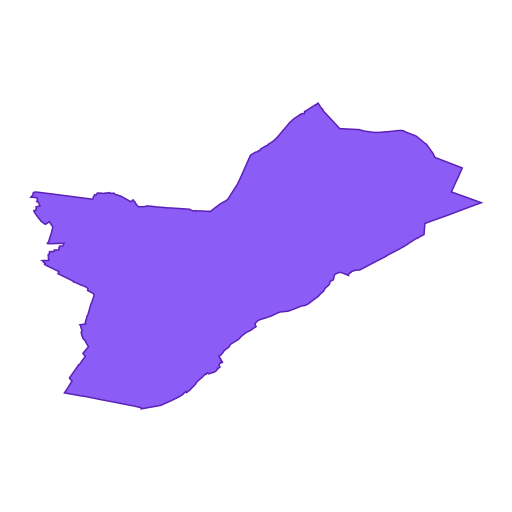 Opsterland, Friesland, Netherlands
{"feature_id": "6326949B72707200000476", "entity_name": "Opsterland", "entity_type": "district", "adm_level": 2, "iso_a3": "NLD", "parent_name": "Netherlands", "parent_adm1": "Friesland", "projection": "albers", "projection_center": [6.082, 53.047], "detail": "fine", "context": "isolated", "style": "filled", "palette": "violet", "viewbox_px": 512, "rotation_deg": 0, "n_neighbors": 0, "source": "geoboundaries", "source_scale": "gbopen_adm2", "svg_char_len": 5736}
<svg xmlns="http://www.w3.org/2000/svg" viewBox="0 0 512 512"><path d="M337.9,272.9L340.8,272.3L348.6,275.5L348.7,273.8L351.2,272.2L351.1,271.9L351.2,271.7L354.7,270.5L357.4,270.0L359.5,270.1L360.1,269.8L374.9,262.0L386.1,256.3L386.1,256.0L402.9,247.1L407.5,244.3L407.9,244.0L408.8,243.2L412.1,241.2L415.9,238.7L416.7,238.4L417.4,238.4L417.4,238.1L418.2,237.7L420.8,236.2L424.0,234.6L424.9,223.5L433.5,220.3L449.2,214.7L462.1,209.8L481.3,202.7L451.4,191.9L456.4,180.9L458.3,177.0L459.7,173.8L462.3,168.0L434.9,157.4L432.9,153.2L430.8,150.4L426.5,144.3L424.5,143.0L421.5,140.4L416.3,136.2L415.3,135.7L413.2,134.9L405.7,132.0L403.9,131.1L403.8,130.9L402.7,130.6L402.0,130.5L399.0,130.5L388.8,131.6L382.6,132.1L379.2,132.4L374.5,132.4L372.5,132.2L364.6,131.1L361.8,130.4L359.2,129.6L339.7,128.6L322.4,109.9L322.8,109.5L320.4,106.9L319.9,105.8L318.1,103.1L316.9,103.9L316.6,104.8L315.7,104.6L307.0,110.2L306.7,110.3L305.3,111.2L305.7,111.3L305.6,111.5L304.7,111.5L304.2,113.8L302.4,113.6L302.4,113.8L301.7,113.8L301.2,113.9L300.2,114.6L299.9,115.0L299.7,114.9L299.6,115.5L299.0,115.4L294.8,118.1L293.9,118.8L292.2,120.3L291.0,121.5L290.5,121.8L290.0,122.2L277.7,136.8L275.5,139.1L272.7,141.5L271.2,142.5L268.4,144.2L267.9,144.7L267.7,145.1L267.2,145.5L266.1,145.8L260.8,148.9L260.4,149.3L260.1,150.2L259.7,150.6L259.4,150.6L258.6,150.8L258.3,151.0L258.0,151.1L257.7,151.3L257.5,151.7L257.2,151.9L256.1,152.0L255.2,152.3L250.6,155.1L250.4,155.6L250.2,155.7L250.1,156.0L240.8,177.1L237.4,184.2L236.5,185.7L234.7,188.4L228.2,198.7L226.8,200.0L225.1,201.4L224.8,201.3L220.2,203.9L212.6,209.7L211.1,211.0L210.0,211.6L210.0,211.4L209.8,211.3L204.3,211.2L204.2,211.1L199.1,210.9L197.4,211.0L196.3,210.9L196.0,210.8L196.0,210.7L195.6,210.7L192.8,210.8L191.6,210.4L189.2,209.1L188.3,209.2L187.9,209.1L169.9,207.9L169.1,207.9L168.9,208.0L166.6,207.8L164.2,207.5L156.5,206.9L155.0,206.9L154.5,206.7L154.3,206.6L148.8,206.0L147.5,206.0L146.7,205.8L146.3,206.2L144.6,206.6L138.6,206.8L138.1,206.4L136.9,205.1L136.5,204.9L136.2,204.1L135.8,203.5L135.5,203.0L134.9,202.3L134.9,201.8L134.8,201.7L134.4,201.7L133.2,199.9L132.9,199.9L130.8,201.7L125.6,198.8L120.8,196.1L117.0,194.9L115.7,194.8L115.3,194.5L115.2,194.2L114.6,194.0L114.1,193.2L110.3,193.4L110.1,193.3L109.8,192.6L109.4,192.6L108.8,193.1L108.3,192.9L107.3,192.8L106.7,193.0L106.2,193.1L105.0,193.0L104.8,193.1L104.5,193.4L103.9,193.5L100.1,193.0L99.8,193.0L99.6,193.3L97.7,192.9L97.5,193.0L97.0,193.4L96.7,194.3L96.5,194.7L96.3,194.7L95.0,194.7L94.6,194.8L93.8,196.1L93.2,197.3L93.1,197.6L93.1,198.1L93.0,198.8L92.8,199.0L92.2,199.4L90.7,198.9L90.2,198.9L48.4,193.5L36.1,192.0L34.2,192.2L33.8,192.4L33.8,192.8L33.4,192.9L33.2,192.9L33.0,193.6L33.0,194.4L32.9,194.9L31.8,196.1L31.4,196.6L30.7,197.3L30.9,197.4L31.1,197.1L37.2,197.8L37.2,200.1L37.5,200.2L37.4,200.6L36.7,201.6L38.2,202.2L40.0,205.8L36.0,206.9L36.3,207.8L36.3,208.3L36.4,208.7L36.0,208.9L35.9,210.3L35.5,210.5L34.0,210.5L33.8,211.0L34.4,212.1L35.2,213.5L39.4,219.2L39.5,219.3L39.7,219.2L40.9,221.1L42.7,222.6L43.8,223.1L44.1,223.4L44.5,224.0L45.3,223.7L45.5,223.8L45.7,224.2L46.4,223.8L49.3,221.7L49.6,222.2L52.7,226.8L52.6,227.7L52.7,227.8L52.7,228.0L51.8,231.1L51.4,232.9L49.0,240.3L48.8,241.1L47.4,243.5L48.1,243.6L49.9,243.7L64.1,243.3L62.9,245.7L62.6,246.0L59.6,246.1L59.5,246.8L59.3,247.5L58.9,247.8L58.9,248.7L58.9,249.4L58.8,249.8L58.7,249.9L54.3,250.0L54.1,250.1L54.1,251.3L54.0,251.5L49.5,251.6L49.4,253.2L49.1,253.6L49.1,254.5L48.9,254.6L48.2,254.6L48.2,254.9L48.2,255.6L48.3,256.9L48.4,257.1L48.4,258.4L48.5,258.7L48.7,259.1L48.8,260.3L46.4,260.5L43.1,260.5L42.2,260.6L43.4,261.3L43.6,261.6L43.5,262.3L45.1,263.2L45.1,263.4L44.6,264.2L44.6,264.4L46.7,265.7L59.0,271.6L58.0,273.7L73.3,281.2L73.5,282.0L73.7,281.9L73.6,281.6L80.7,285.0L81.6,285.1L85.7,286.9L88.0,288.5L87.9,289.3L87.6,290.5L93.3,293.5L93.7,294.4L94.0,295.4L94.0,295.9L93.8,296.2L92.2,301.1L90.9,304.2L89.5,308.9L89.1,310.6L88.6,312.2L88.3,313.1L88.0,314.6L87.6,315.0L86.9,316.5L86.3,319.4L86.1,319.5L85.3,322.0L85.4,322.9L85.4,323.2L85.6,323.4L85.7,323.9L79.9,324.8L80.3,325.3L80.6,325.9L81.0,327.6L82.1,331.2L82.1,331.4L81.5,331.7L81.2,332.1L81.1,332.5L81.5,333.5L81.7,335.1L81.8,335.3L82.2,336.4L83.0,337.9L83.0,338.5L83.2,338.8L85.3,340.9L85.9,342.1L86.5,343.5L87.2,344.7L88.5,346.7L82.9,353.3L84.1,354.9L85.1,355.9L85.3,356.2L85.3,356.3L84.2,357.8L83.5,358.7L79.5,364.5L79.4,364.6L78.7,364.7L78.6,364.9L69.5,377.9L69.6,378.3L69.7,378.6L72.0,381.0L65.8,391.0L65.2,391.7L64.4,392.9L81.1,395.9L86.6,396.7L99.2,399.3L134.3,406.1L141.1,407.7L141.1,408.9L160.7,405.4L172.6,400.0L179.3,396.7L182.4,394.7L183.2,394.0L183.1,393.8L185.2,392.2L185.8,391.5L186.5,392.6L189.2,390.6L190.4,389.4L193.6,386.2L195.5,384.1L195.9,383.6L196.3,382.6L196.6,382.2L198.2,380.7L200.3,378.9L201.4,378.0L203.6,375.8L205.3,374.0L206.0,374.4L207.4,372.9L208.7,373.8L209.2,373.8L210.5,373.2L212.8,372.6L214.3,372.1L216.4,370.7L217.5,369.0L217.5,368.7L217.7,368.9L220.0,367.0L218.9,364.9L220.9,362.1L221.1,361.8L221.7,362.8L222.5,362.3L218.8,356.0L220.3,355.4L221.7,354.1L223.5,351.8L223.8,351.4L223.7,351.0L229.0,346.9L229.2,346.7L229.7,345.6L230.0,345.0L231.1,343.9L235.4,341.3L238.3,339.6L241.8,335.9L245.7,332.8L251.4,329.9L251.7,329.5L252.3,329.1L252.9,328.7L256.1,326.6L255.3,325.0L255.1,323.8L254.9,323.5L255.9,322.7L257.6,320.8L258.7,320.2L260.5,319.5L263.7,318.5L267.3,317.4L270.5,316.2L270.6,316.3L276.9,313.3L280.1,312.0L288.1,311.2L294.1,309.0L297.0,307.8L301.7,305.9L304.5,305.6L306.5,304.8L308.5,303.7L312.1,300.9L318.4,296.3L318.9,295.6L319.4,295.2L319.5,295.0L320.1,294.2L323.6,291.2L325.0,288.4L328.5,285.3L329.6,283.8L330.0,281.9L330.5,281.1L332.9,280.2L333.6,279.1L334.1,276.3L334.7,274.5L337.9,272.9Z" fill="#8b5cf6" stroke="#5b21b6" stroke-width="1.5"/></svg>